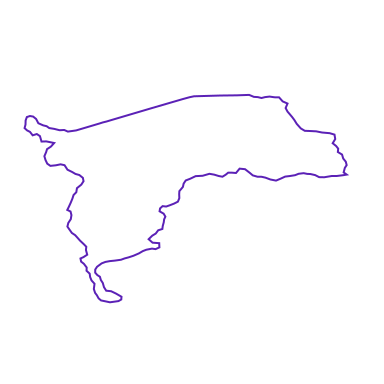 Santa Cruz da Vitória, Bahia, Brazil (Natural Earth projection), rotated 82°
{"feature_id": "56859067B68810500178661", "entity_name": "Santa Cruz da Vitória", "entity_type": "district", "adm_level": 2, "iso_a3": "BRA", "parent_name": "Brazil", "parent_adm1": "Bahia", "projection": "natural_earth1", "projection_center": [-39.793, -14.879], "detail": "fine", "context": "isolated", "style": "outline", "palette": "violet", "viewbox_px": 384, "rotation_deg": 82, "n_neighbors": 0, "source": "geoboundaries", "source_scale": "gbopen_adm2", "svg_char_len": 2717}
<svg xmlns="http://www.w3.org/2000/svg" viewBox="0 0 384 384"><g transform="rotate(82 192 192)"><path d="M94.8,345.1L98.0,346.8L102.1,347.5L105.4,348.9L108.0,346.8L109.9,344.1L113.7,341.9L113.0,337.6L115.5,334.8L121.1,334.0L121.6,329.3L123.0,325.3L124.3,321.7L127.4,325.4L129.4,329.6L132.2,330.9L136.0,333.2L140.0,332.6L143.8,331.4L146.4,328.6L146.6,323.1L146.3,318.3L147.7,314.5L152.6,312.2L155.5,307.9L157.9,304.9L159.5,301.2L162.8,298.1L166.2,297.9L169.3,300.6L172.2,305.4L176.1,306.6L178.5,309.7L182.0,311.4L185.9,313.7L189.8,316.2L192.4,318.0L194.4,315.0L198.1,314.6L202.0,315.8L205.4,318.8L208.9,320.2L212.1,318.6L215.8,316.7L218.5,313.7L221.6,311.6L224.5,309.7L228.5,306.5L231.5,304.3L234.7,305.1L239.5,304.5L241.4,308.6L242.3,311.7L245.5,311.5L248.0,309.1L252.1,306.8L255.3,307.4L258.6,304.7L262.1,304.7L265.6,303.8L269.3,301.3L274.4,302.7L278.4,302.0L280.9,300.6L284.3,299.3L286.7,297.2L288.2,293.0L289.8,288.6L289.8,284.5L289.8,280.0L288.6,277.0L285.9,276.4L282.0,281.4L279.0,285.9L277.8,290.7L274.0,292.4L269.7,293.0L266.5,294.5L263.1,295.0L261.1,297.3L258.4,299.1L255.3,298.6L252.8,296.4L250.1,291.4L249.2,287.5L249.0,283.0L249.2,278.0L249.2,271.7L248.4,268.0L247.9,263.9L247.0,258.9L245.4,253.1L243.7,249.0L242.8,245.2L242.5,239.5L243.5,236.0L242.3,232.0L238.1,231.6L236.7,238.1L232.7,241.5L229.7,237.4L228.1,233.7L225.2,230.8L224.5,226.5L221.6,225.7L218.1,224.2L215.2,223.4L212.7,221.8L209.5,223.1L206.6,226.8L203.8,225.9L201.9,223.1L202.8,219.6L202.1,216.1L201.0,211.4L199.6,207.3L196.3,205.4L192.4,205.0L189.4,204.4L185.7,200.3L182.5,199.1L179.7,196.6L178.6,191.9L176.8,186.2L177.4,179.2L176.4,172.2L177.9,167.6L179.9,163.3L181.1,159.7L179.6,156.3L177.9,153.5L178.4,149.9L179.3,145.8L175.5,141.6L176.8,136.3L180.9,132.3L184.0,129.5L186.0,125.0L186.6,121.0L188.0,117.3L190.5,112.7L192.4,107.2L191.2,102.6L189.7,97.6L189.8,93.1L189.7,87.6L188.8,83.9L188.9,78.8L190.1,75.4L190.7,72.2L192.4,67.7L195.0,64.0L195.8,59.0L195.7,55.2L195.6,51.2L196.3,46.3L196.4,39.9L196.3,36.4L193.7,39.1L189.4,37.3L186.9,35.1L183.4,35.5L179.9,37.6L175.8,38.2L172.7,42.0L169.4,41.2L166.5,42.9L163.3,45.9L159.5,42.8L155.0,42.9L152.9,47.5L151.2,54.9L149.2,60.6L148.0,66.8L147.1,71.8L144.2,75.4L139.1,78.8L135.0,80.6L131.7,82.4L128.2,84.6L125.7,86.2L121.9,87.6L117.7,85.1L114.9,89.6L110.4,92.6L109.7,97.1L108.3,101.9L108.2,106.5L108.6,110.1L107.2,113.6L106.4,117.5L103.8,121.9L102.5,134.2L100.4,150.6L97.5,176.7L97.8,181.2L98.7,188.2L103.5,221.3L104.8,230.0L109.6,262.3L110.3,266.8L110.7,270.7L111.3,274.2L113.2,286.8L114.9,298.2L114.9,306.5L112.8,309.9L112.4,314.5L110.3,319.7L108.8,324.5L106.6,326.8L105.3,330.1L102.5,334.6L98.0,336.2L95.2,338.8L94.2,341.9L94.8,345.1Z" fill="none" stroke="#5b21b6" stroke-width="2"/></g></svg>